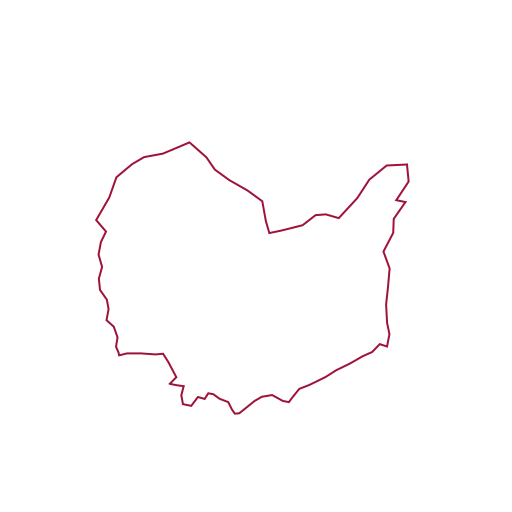 Choulou, Paphos, Cyprus, rotated 216°
{"feature_id": "46923920B92618360089524", "entity_name": "Choulou", "entity_type": "district", "adm_level": 2, "iso_a3": "CYP", "parent_name": "Cyprus", "parent_adm1": "Paphos", "projection": "equal_earth", "projection_center": [32.556, 34.871], "detail": "fine", "context": "isolated", "style": "outline", "palette": "rose", "viewbox_px": 512, "rotation_deg": 216, "n_neighbors": 0, "source": "geoboundaries", "source_scale": "gbopen_adm2", "svg_char_len": 1240}
<svg xmlns="http://www.w3.org/2000/svg" viewBox="0 0 512 512"><g transform="rotate(216 256 256)"><path d="M143.5,157.1L143.5,161.7L142.9,173.9L137.0,183.1L128.6,199.0L123.9,210.9L116.8,224.2L110.9,237.4L105.6,246.6L104.1,257.4L96.8,259.8L102.1,271.2L110.6,278.9L122.2,293.2L131.1,308.7L140.6,324.5L155.5,334.5L158.6,355.4L166.4,367.0L166.8,387.5L175.3,383.6L176.3,406.0L187.3,418.4L187.6,418.8L203.5,406.0L209.2,384.4L208.1,362.4L211.3,335.3L224.0,330.7L231.8,324.1L236.4,308.3L250.6,291.3L258.7,282.4L268.6,290.1L283.1,304.0L301.5,304.0L322.0,301.7L340.0,301.7L354.2,306.7L376.6,308.8L389.2,287.9L391.5,284.1L404.7,270.2L410.2,257.5L412.0,250.5L415.2,237.6L409.1,217.1L406.4,191.1L391.7,187.6L389.7,176.2L384.2,164.6L374.1,156.7L369.8,145.3L362.3,136.9L351.0,133.0L344.0,126.3L339.2,116.2L329.5,115.2L320.2,108.8L315.9,100.3L310.5,97.1L308.3,95.2L303.2,101.3L292.1,109.4L279.6,117.2L273.7,122.3L264.4,118.6L249.2,111.1L250.6,102.0L250.1,102.1L244.1,104.9L238.0,108.2L234.6,99.5L228.0,93.2L220.3,96.7L220.1,107.8L213.5,110.2L213.9,116.9L209.3,119.1L201.4,119.1L192.6,121.5L185.5,117.8L180.5,116.0L177.1,118.9L174.5,128.4L171.9,138.0L168.5,145.6L161.2,153.0L149.1,154.5L143.5,157.1Z" fill="none" stroke="#9f1239" stroke-width="2"/></g></svg>